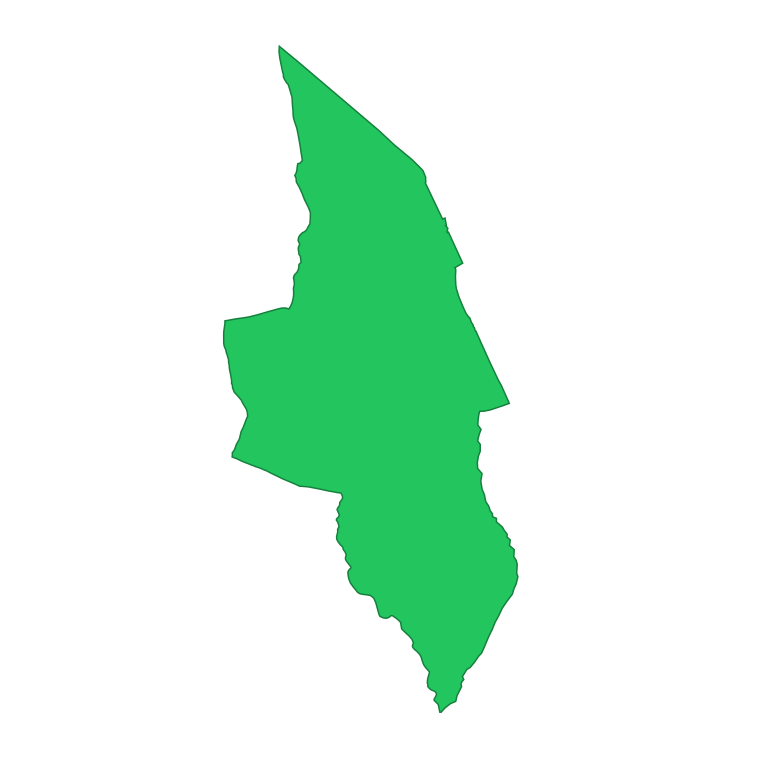 the district of Tenancingo, Tlaxcala, Mexico, rotated 281°
{"feature_id": "50627088B17817736589505", "entity_name": "Tenancingo", "entity_type": "district", "adm_level": 2, "iso_a3": "MEX", "parent_name": "Mexico", "parent_adm1": "Tlaxcala", "projection": "albers", "projection_center": [-98.196, 19.15], "detail": "fine", "context": "isolated", "style": "filled", "palette": "green", "viewbox_px": 768, "rotation_deg": 281, "n_neighbors": 0, "source": "geoboundaries", "source_scale": "gbopen_adm2", "svg_char_len": 4931}
<svg xmlns="http://www.w3.org/2000/svg" viewBox="0 0 768 768"><g transform="rotate(281 384 384)"><path d="M72.7,502.7L74.9,504.0L76.2,504.8L77.8,505.8L80.1,507.8L82.9,510.2L84.6,512.7L86.1,514.9L88.0,515.1L91.7,515.1L101.8,517.9L104.2,516.8L106.4,517.2L109.1,518.7L111.7,516.8L115.7,518.3L119.6,519.8L122.2,522.7L128.7,526.2L134.6,528.7L138.4,531.1L142.8,532.2L147.0,533.1L154.2,534.6L158.0,535.5L163.4,537.0L171.1,538.5L178.3,540.8L186.3,542.8L194.7,546.4L195.0,546.6L202.2,550.1L208.2,550.7L213.0,551.9L220.4,552.2L223.7,550.3L227.8,549.8L232.3,549.2L236.0,547.5L236.6,547.0L236.7,546.9L239.2,544.4L246.3,543.4L249.4,538.0L255.0,537.7L257.3,533.9L260.0,533.6L263.5,529.7L266.1,527.6L270.1,520.7L273.6,520.0L274.3,516.0L277.3,515.2L279.9,512.4L284.1,510.1L288.0,506.3L294.7,503.6L299.3,500.4L306.9,497.6L314.8,497.3L318.8,492.2L319.1,492.0L324.6,490.6L331.3,490.4L336.2,491.3L343.1,490.0L345.9,486.8L352.3,487.0L357.9,487.9L361.6,483.9L366.1,483.3L372.3,482.9L375.5,483.2L376.5,487.7L379.0,493.6L382.3,499.4L386.0,505.9L388.9,510.7L404.9,499.5L409.9,495.3L426.1,483.4L443.2,471.3L451.9,465.2L453.2,464.4L454.2,463.0L456.4,462.1L457.5,460.7L459.0,460.2L461.1,458.1L465.3,455.6L466.0,454.2L469.4,450.7L475.5,446.4L483.8,440.9L491.1,437.0L494.2,435.8L499.3,434.5L503.3,433.6L508.3,432.9L510.3,432.5L511.7,431.4L517.6,438.2L545.4,418.3L544.8,417.3L545.6,416.9L549.1,416.9L550.8,414.7L550.8,415.2L553.0,414.4L554.8,413.7L556.9,412.9L558.6,412.2L557.1,410.0L589.3,386.2L590.5,386.5L592.4,385.9L594.8,385.5L600.8,381.6L603.2,378.3L609.6,368.7L620.6,348.6L631.9,330.5L683.8,238.3L695.5,216.8L690.4,217.5L684.1,219.5L679.5,221.4L672.6,224.2L668.7,226.1L666.0,226.8L664.3,228.0L660.9,231.1L659.9,232.7L655.7,235.0L647.9,239.0L640.0,241.0L634.7,242.6L631.4,243.3L627.9,244.4L624.4,246.2L618.7,249.5L613.2,251.8L603.4,255.6L587.8,261.2L584.6,259.3L583.9,257.4L581.3,257.3L577.1,257.7L574.0,257.5L571.8,256.6L569.2,258.4L565.6,259.4L561.1,263.2L555.2,267.4L549.9,270.7L543.1,276.0L538.5,278.9L535.2,279.6L532.0,280.1L527.0,280.7L523.8,279.5L520.8,278.7L519.4,277.8L517.9,276.4L516.8,274.9L514.3,273.2L512.4,272.4L510.1,272.2L508.3,272.4L507.2,273.2L505.7,274.3L504.1,274.5L502.9,274.0L502.1,273.9L500.6,274.0L499.2,274.4L497.6,275.0L495.0,275.8L493.3,277.6L492.3,277.8L491.0,278.3L488.5,279.1L487.4,279.4L486.1,278.3L484.8,277.7L482.5,278.1L481.4,278.0L480.1,278.2L478.6,277.7L477.0,277.2L475.3,276.1L473.8,275.2L471.9,274.9L470.4,275.0L469.3,275.6L467.8,276.1L464.7,277.0L460.7,276.8L457.7,277.6L454.1,278.3L451.3,278.5L446.6,278.3L442.5,277.5L439.5,276.2L439.8,273.0L439.5,271.1L438.8,268.6L437.4,265.5L432.9,256.5L427.9,246.8L424.0,238.5L421.6,232.0L420.0,227.0L415.8,216.3L415.6,215.8L414.2,216.1L413.4,216.3L405.0,216.7L400.7,217.4L397.9,218.0L393.3,218.9L390.3,220.1L388.1,221.7L386.5,222.5L385.0,223.1L383.5,224.0L381.8,224.9L378.1,226.8L375.6,227.3L372.8,228.5L370.6,229.0L368.2,229.8L364.1,231.6L358.2,233.8L355.6,234.2L353.6,235.5L351.3,236.1L347.5,238.5L345.2,241.6L342.1,245.6L340.7,247.2L338.1,249.1L332.8,253.9L329.6,255.4L326.1,256.3L323.9,255.7L318.6,254.8L314.2,254.0L309.8,252.8L309.1,252.8L302.2,252.5L296.5,250.6L290.9,249.8L287.5,248.2L284.6,248.8L283.4,248.8L283.0,250.9L282.4,254.5L281.8,256.5L281.0,259.5L280.5,262.2L280.1,264.6L279.6,267.2L279.3,268.7L279.1,270.0L278.8,271.9L278.5,273.0L278.4,273.7L278.3,274.6L277.9,277.7L277.4,280.3L276.6,283.4L276.6,284.3L276.1,286.2L275.1,289.4L273.8,294.2L273.1,297.1L272.5,299.3L271.9,301.4L271.3,303.9L270.3,308.7L268.5,317.1L267.6,320.6L267.7,321.9L267.9,323.0L268.6,329.5L268.6,335.2L268.6,336.8L268.6,342.1L268.5,344.7L268.5,345.4L268.4,350.5L268.5,355.1L268.5,355.6L268.5,359.3L268.7,362.1L268.7,362.6L266.1,364.6L263.7,365.1L261.5,364.2L259.3,363.2L256.3,363.5L253.4,362.2L251.7,361.9L249.7,363.3L247.1,365.1L244.7,364.7L242.6,363.2L241.3,363.2L239.3,365.2L235.4,367.1L234.0,366.6L232.4,366.2L230.0,366.8L228.0,366.7L225.2,366.6L222.9,367.1L220.8,368.6L217.9,371.7L216.3,374.3L213.4,375.9L211.9,377.7L209.1,379.5L206.5,379.3L204.7,379.6L203.3,380.6L200.4,383.8L198.1,386.4L197.0,386.6L195.9,385.8L194.2,384.8L192.7,384.5L190.9,384.8L186.4,386.4L182.0,389.2L178.8,392.7L174.4,398.0L173.5,400.4L173.5,403.6L173.8,408.1L173.8,411.1L172.1,414.4L170.8,415.6L167.3,417.9L160.0,421.5L157.0,423.0L155.1,424.4L154.3,428.0L154.5,431.2L156.0,433.5L157.9,435.0L158.2,436.5L155.8,441.9L153.3,445.7L146.9,448.1L143.0,454.1L141.4,456.8L138.6,460.3L135.2,462.4L133.4,461.8L132.0,462.0L130.8,462.7L129.1,464.8L127.9,467.2L125.2,470.8L122.8,472.7L119.3,474.5L115.9,476.6L113.4,479.2L111.1,482.3L110.8,482.6L110.4,483.3L109.4,483.6L108.2,483.6L107.0,483.4L105.7,483.4L104.7,483.2L103.2,483.1L102.5,483.2L101.4,483.2L100.7,483.3L99.2,483.5L98.0,483.9L96.9,484.5L95.6,484.6L94.4,485.8L93.1,487.8L92.5,489.6L92.1,492.2L91.4,493.4L90.1,494.5L89.1,494.8L86.0,494.0L84.4,493.3L83.0,493.6L79.8,498.4L74.9,500.4L72.5,501.4L72.7,502.7Z" fill="#22c55e" stroke="#15803d" stroke-width="1.5"/></g></svg>